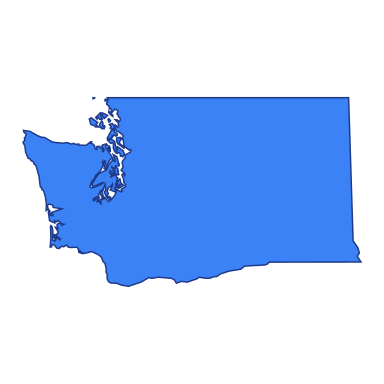 map outline of Washington (Equal Earth projection)
{"feature_id": "USA-3519", "entity_name": "Washington", "entity_type": "State", "adm_level": 1, "iso_a3": "USA", "parent_name": "United States of America", "parent_adm1": "", "projection": "equal_earth", "projection_center": [-122.689, 47.279], "detail": "fine", "context": "isolated", "style": "filled", "palette": "blue", "viewbox_px": 384, "rotation_deg": 0, "n_neighbors": 0, "source": "natural_earth", "source_scale": "10m", "svg_char_len": 5944}
<svg xmlns="http://www.w3.org/2000/svg" viewBox="0 0 384 384"><path d="M107.3,97.7L348.6,97.7L353.1,240.9L357.8,247.6L359.4,253.0L357.2,256.2L361.0,262.0L269.2,262.1L267.4,264.0L265.4,264.9L244.6,266.1L240.8,269.2L229.1,271.1L220.8,273.8L216.4,276.7L213.8,276.6L210.7,278.0L206.0,278.3L199.0,277.2L197.4,278.6L187.4,282.1L181.4,281.4L176.4,283.2L174.3,279.7L171.3,278.3L158.4,277.2L152.0,278.3L148.8,277.6L141.1,282.1L128.5,286.3L121.4,285.1L116.4,283.2L110.7,283.0L108.6,281.7L107.1,278.7L107.2,274.2L106.0,272.1L106.3,268.7L104.9,263.3L103.0,261.4L101.2,256.9L98.0,254.5L91.7,251.6L83.7,253.6L79.6,250.7L76.9,247.2L70.6,247.5L68.0,247.0L66.7,245.0L63.6,246.8L61.8,246.2L58.9,248.6L56.7,248.0L54.1,244.8L53.1,244.6L51.4,245.5L51.7,246.8L50.2,247.1L50.9,237.5L50.5,226.3L50.9,225.6L52.1,226.9L52.8,230.4L52.9,240.6L55.3,241.0L56.7,237.5L60.1,239.9L60.4,238.9L56.3,235.7L56.3,234.5L58.0,233.0L58.0,231.7L55.5,227.4L58.1,228.5L56.9,225.4L57.4,224.1L58.9,223.5L61.1,223.5L61.7,225.2L63.8,224.3L62.4,224.1L57.9,220.5L57.4,221.6L55.7,221.7L54.7,220.8L54.8,223.0L49.6,220.7L48.3,212.1L48.9,211.3L49.8,212.0L49.5,213.2L50.6,215.2L52.8,215.8L53.1,214.7L52.3,213.7L51.2,214.1L51.7,212.5L61.8,208.8L53.2,207.4L52.6,204.9L48.8,204.1L47.4,205.2L47.9,208.3L49.2,210.2L47.8,209.6L46.1,210.6L46.4,204.2L45.3,196.2L43.5,190.5L42.1,189.8L41.1,187.3L42.3,187.6L40.3,186.8L39.0,176.4L36.0,165.7L33.8,163.7L33.5,161.8L31.0,160.6L29.9,158.7L28.2,158.4L25.6,152.1L24.9,146.1L23.0,142.3L25.0,139.9L24.3,138.2L25.3,137.2L26.2,134.2L23.9,132.1L23.5,130.4L30.0,131.4L37.4,135.6L41.7,137.3L44.6,137.5L52.1,141.9L55.5,142.5L63.2,143.2L67.0,142.6L71.9,144.2L73.3,143.3L75.3,144.3L79.5,144.0L77.5,144.4L78.8,145.1L86.2,145.3L90.4,141.9L92.2,141.5L89.9,143.3L92.0,143.4L94.1,145.2L95.0,146.9L94.8,148.3L96.4,149.5L96.9,149.5L96.8,146.6L99.8,146.4L100.2,147.7L101.5,148.2L102.8,150.0L103.0,151.0L102.1,151.9L103.5,151.3L104.2,149.6L102.0,147.2L101.9,145.8L102.9,144.8L106.5,143.9L107.4,145.2L105.9,146.0L105.6,147.0L112.9,158.3L110.5,159.1L107.4,163.9L106.0,168.4L105.2,169.1L104.0,168.3L105.2,163.7L105.0,160.1L104.3,162.9L103.6,163.5L102.8,161.1L102.4,162.9L103.6,165.4L102.6,166.2L100.5,170.7L95.8,175.4L93.9,179.3L91.6,181.7L89.8,186.8L91.1,187.7L93.5,187.5L100.7,184.7L103.5,182.7L102.3,182.5L94.4,186.3L92.7,186.2L91.8,184.9L95.7,177.7L98.9,173.6L106.8,169.7L108.1,165.6L112.8,159.9L113.9,159.9L114.1,161.2L115.0,161.4L115.0,159.4L113.2,154.5L116.8,156.7L118.4,162.3L117.9,163.1L119.1,163.8L119.4,164.9L118.8,166.0L115.6,165.8L115.3,167.3L113.9,168.4L111.2,166.3L112.6,168.4L114.1,174.4L113.0,174.9L110.3,170.6L109.6,172.2L109.9,173.7L112.1,174.7L110.3,177.4L115.8,174.4L116.6,177.4L117.7,177.8L115.6,184.9L116.4,186.1L114.4,188.0L115.5,189.9L115.1,191.9L110.1,189.9L112.6,185.6L112.4,184.2L111.5,185.7L108.4,187.8L107.2,191.0L108.4,193.7L107.3,194.8L107.7,195.9L106.4,196.9L104.6,192.7L104.6,191.4L105.4,191.0L105.9,189.1L105.0,184.6L103.3,189.1L100.1,191.2L98.1,196.5L93.7,198.4L93.3,199.3L95.7,198.5L95.9,199.3L93.3,201.2L99.6,196.9L97.5,200.9L96.2,201.9L98.2,201.5L99.4,199.3L99.4,201.6L100.1,203.4L101.2,203.9L100.6,201.9L101.1,201.4L100.9,199.3L103.0,197.4L102.7,199.3L103.9,198.9L104.5,197.4L108.5,201.6L111.5,199.4L115.0,195.0L116.5,191.1L116.4,189.1L120.9,191.9L122.3,191.0L121.2,190.1L121.4,189.1L125.4,186.8L125.5,184.9L123.7,182.1L123.6,179.1L121.9,174.8L123.2,173.7L124.6,175.5L124.9,173.5L121.1,170.2L123.1,166.9L122.1,162.6L123.0,160.4L124.8,158.5L125.7,154.7L130.2,152.3L131.1,150.1L129.9,149.5L129.2,150.1L124.8,146.7L123.9,144.9L123.3,139.9L120.4,138.9L120.3,140.5L119.3,141.9L119.8,143.7L122.9,146.0L124.5,148.6L117.6,143.5L116.6,140.9L116.6,138.0L120.3,137.3L122.2,138.7L123.3,136.3L122.8,135.0L118.9,132.0L116.6,131.2L115.1,129.2L115.5,127.9L114.4,127.7L111.8,129.6L110.2,128.1L111.1,126.8L109.4,124.5L112.3,123.5L114.6,126.6L115.1,124.9L117.4,126.9L118.5,126.8L118.2,122.7L115.1,119.7L116.9,119.8L119.3,121.4L120.5,120.0L119.8,117.6L118.3,116.6L117.9,114.3L116.9,113.9L118.0,111.4L117.6,110.5L114.8,109.1L112.1,112.3L110.9,111.8L111.6,110.1L111.3,109.3L109.7,108.0L109.3,108.7L109.3,106.6L106.6,104.1L106.6,102.8L107.6,101.7L107.0,100.7L104.9,100.8L105.2,99.3L108.2,99.5L107.3,97.7ZM123.1,150.7L124.5,154.3L122.8,156.8L122.3,156.0L120.5,156.2L120.2,153.8L119.0,152.3L117.3,153.4L116.3,153.1L114.6,151.3L113.3,148.3L113.4,143.2L112.8,142.7L110.8,143.4L107.6,140.3L107.3,137.9L111.3,130.6L113.9,129.7L114.7,132.1L117.3,134.0L117.2,135.5L116.0,136.2L114.0,134.8L112.6,137.0L112.0,135.9L111.6,137.9L108.5,138.8L109.1,139.5L111.5,139.3L114.6,141.3L116.5,151.2L117.6,149.6L117.0,148.5L117.4,146.6L123.1,150.7ZM95.9,124.4L98.3,127.0L95.5,126.9L94.0,125.5L90.9,124.6L89.3,119.0L91.3,117.8L97.7,122.6L95.9,124.4ZM107.6,115.4L104.4,118.4L101.2,113.5L100.6,115.8L102.6,118.8L102.1,119.3L99.6,119.3L97.6,116.8L96.9,119.1L95.7,117.5L100.3,112.9L102.8,113.0L107.6,115.4ZM120.8,183.0L123.7,185.4L119.4,188.0L119.2,186.5L120.6,184.8L119.6,184.6L119.9,184.9L118.5,185.9L118.2,188.0L116.9,187.4L117.6,181.4L119.3,179.2L119.9,178.9L120.8,183.0ZM102.7,122.2L103.2,126.4L104.4,125.8L104.9,126.6L104.1,128.8L101.4,128.5L101.7,127.5L99.4,126.6L99.5,124.7L101.6,120.9L102.7,122.2ZM117.6,172.0L118.9,174.2L118.1,175.0L114.7,173.4L115.1,171.8L114.6,170.0L115.6,167.2L117.6,168.2L118.5,171.2L117.6,172.0ZM102.3,191.7L103.1,195.8L102.1,197.2L100.0,193.4L100.7,191.2L103.2,190.1L102.3,191.7ZM108.3,146.3L109.1,146.0L110.1,147.6L110.3,151.2L109.5,151.1L108.2,149.3L107.8,147.1L108.8,148.9L109.4,148.9L108.3,146.3ZM109.3,196.5L110.7,197.4L110.5,198.8L109.5,199.7L107.5,198.0L109.3,196.5ZM112.8,115.2L112.9,116.4L111.4,115.4L108.8,112.7L108.9,111.4L112.8,115.2ZM108.8,118.6L110.6,120.6L110.0,121.8L108.9,122.1L108.0,119.4L108.8,118.6ZM54.7,234.6L55.8,236.2L55.9,238.8L55.0,239.4L54.6,237.5L53.6,236.8L54.0,234.8L54.7,234.6ZM78.6,250.6L79.1,250.8L82.9,253.8L78.8,252.3L78.6,250.6ZM93.0,97.7L95.3,97.7L93.1,98.8L93.0,97.7Z" fill="#3b82f6" stroke="#1e3a8a" stroke-width="1.5"/></svg>